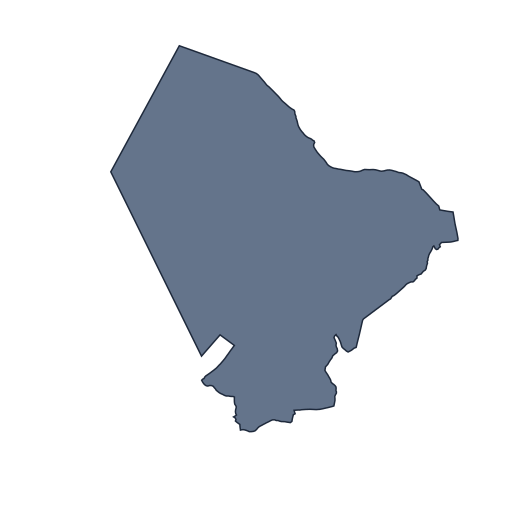 Kisumu West, Nyanza, Kenya, rotated 119°
{"feature_id": "3690345B39370723343062", "entity_name": "Kisumu West", "entity_type": "district", "adm_level": 2, "iso_a3": "KEN", "parent_name": "Kenya", "parent_adm1": "Nyanza", "projection": "albers", "projection_center": [34.67, -0.088], "detail": "fine", "context": "isolated", "style": "filled", "palette": "slate", "viewbox_px": 512, "rotation_deg": 119, "n_neighbors": 0, "source": "geoboundaries", "source_scale": "gbopen_adm2", "svg_char_len": 4439}
<svg xmlns="http://www.w3.org/2000/svg" viewBox="0 0 512 512"><g transform="rotate(119 256 256)"><path d="M383.3,144.4L380.1,145.5L376.7,146.4L375.0,145.3L374.1,146.3L372.5,147.9L371.5,146.4L370.1,144.2L369.5,143.0L368.4,141.7L366.2,138.3L363.9,134.5L361.1,128.8L359.9,127.0L359.2,125.9L357.2,123.5L355.0,121.1L353.8,119.7L352.0,117.8L350.8,116.5L349.4,115.2L346.5,116.1L344.1,116.9L342.6,117.7L340.7,119.0L339.3,119.2L337.0,119.2L335.8,119.8L335.0,120.8L333.7,121.4L332.5,122.0L331.5,122.9L331.0,124.2L330.6,125.9L330.5,127.2L329.9,129.2L328.3,130.6L327.4,131.9L326.3,133.8L325.1,135.7L323.6,138.7L322.6,140.3L321.1,140.8L319.2,141.5L317.7,141.1L316.0,140.7L313.4,140.7L310.3,140.5L309.0,140.2L307.3,140.3L306.0,140.5L304.5,139.9L302.9,139.3L301.5,138.6L299.5,138.6L297.6,140.1L296.6,141.6L295.2,142.8L293.3,143.5L291.2,146.0L289.6,148.2L287.9,148.5L285.9,147.9L286.8,146.4L287.1,145.1L288.1,143.4L289.1,142.1L289.9,140.9L290.9,139.8L292.5,138.2L293.9,136.7L294.5,134.9L294.9,132.5L295.3,130.9L295.3,128.9L293.1,127.4L291.9,126.7L290.7,126.2L289.0,125.5L287.4,124.1L285.2,124.7L283.5,125.2L280.5,126.0L274.8,127.5L260.5,131.6L258.9,131.5L229.7,118.4L228.3,117.5L226.5,117.4L225.1,117.3L224.1,116.4L222.4,115.6L220.7,114.9L211.2,111.6L210.0,111.3L208.5,111.0L206.8,110.3L205.5,109.4L203.6,108.0L202.5,106.1L200.7,105.4L199.2,105.3L197.3,104.5L195.3,105.6L193.4,104.4L191.6,102.8L190.1,102.6L188.2,102.2L186.2,101.1L184.4,101.1L182.6,101.8L181.1,102.2L179.2,102.5L177.9,103.6L176.4,103.6L174.8,104.5L173.4,104.7L171.8,105.2L169.7,105.4L167.8,105.3L166.0,105.3L164.3,105.4L162.2,105.8L161.0,105.3L162.7,102.7L162.8,101.2L161.8,100.2L159.8,99.9L158.6,99.3L157.2,101.0L154.2,100.3L150.4,94.1L149.3,92.4L147.6,90.4L145.7,88.4L144.5,87.0L142.8,87.8L137.9,91.8L131.3,97.6L125.6,102.1L122.0,105.0L124.0,110.1L126.6,117.6L123.7,120.4L123.1,123.4L121.8,127.6L118.4,137.5L117.1,141.9L117.3,143.3L112.1,149.5L112.1,151.2L112.2,161.2L112.0,164.1L112.2,165.8L112.3,167.5L112.7,169.0L113.2,170.3L113.8,171.7L114.2,174.5L114.8,176.8L115.2,178.6L116.0,180.9L117.1,182.7L118.2,184.0L119.4,185.2L120.3,186.4L121.1,187.5L121.6,189.1L122.0,190.8L122.6,193.1L123.4,195.1L124.2,196.5L125.5,198.6L126.3,200.2L127.0,201.6L127.6,202.9L129.1,204.3L130.9,205.6L132.0,206.7L132.9,207.9L133.9,209.5L134.6,210.9L135.1,212.6L135.8,214.6L136.6,216.6L137.5,218.7L138.1,220.6L138.6,222.2L139.2,224.1L140.0,226.0L140.7,228.5L141.4,230.3L141.7,231.9L141.8,234.1L141.7,236.2L141.2,238.1L140.2,239.9L139.5,241.4L138.5,243.7L138.1,245.3L137.5,247.5L136.7,249.8L135.6,252.7L134.3,255.2L132.7,258.1L131.7,259.0L130.2,259.7L128.3,259.7L127.1,261.2L127.3,262.5L126.9,264.0L126.9,265.4L127.1,266.7L127.2,268.2L127.0,269.8L126.7,271.5L126.1,273.3L125.5,274.6L125.1,275.9L124.2,278.0L123.5,279.3L122.2,281.4L121.1,282.7L119.7,284.0L118.1,285.4L117.0,286.6L115.7,288.1L114.5,288.8L112.9,290.8L110.7,292.3L109.9,293.7L110.0,295.3L109.8,297.9L109.5,299.9L108.7,303.3L108.3,305.2L107.9,307.3L107.4,309.1L106.5,311.2L105.6,313.6L104.3,318.0L103.3,321.3L102.7,323.4L101.8,326.6L101.4,329.2L100.5,331.4L99.9,332.7L98.8,335.8L97.6,339.0L96.6,341.7L96.2,344.1L96.4,346.1L109.3,425.0L252.8,423.8L370.0,255.1L342.4,249.2L344.7,231.6L347.1,231.9L348.9,232.1L350.9,232.4L352.8,232.6L354.9,232.8L357.0,233.1L359.0,233.3L360.9,233.5L362.4,233.8L364.1,234.1L365.9,234.5L367.6,234.8L369.1,235.3L371.2,235.8L373.2,236.3L374.9,237.0L376.4,237.6L378.4,238.5L380.0,239.2L381.7,240.0L382.9,240.6L385.3,241.8L387.0,242.2L388.3,242.0L389.5,242.9L391.0,243.3L392.0,241.8L393.0,239.9L393.5,238.3L393.6,236.6L393.1,235.1L391.6,233.6L390.8,231.8L390.7,230.2L391.4,228.6L391.9,227.1L392.7,225.7L393.1,223.6L393.4,221.7L393.4,219.9L393.2,218.1L393.2,216.1L392.9,214.3L391.7,212.0L391.3,210.6L390.7,209.3L390.0,208.0L389.8,206.5L391.6,205.6L393.7,204.4L395.0,203.5L396.0,202.6L396.6,201.3L397.5,200.1L399.0,199.6L400.3,199.3L402.2,198.5L403.7,197.3L404.5,196.0L406.1,196.7L407.6,197.6L407.7,195.8L408.6,194.3L410.3,194.0L410.7,192.2L411.0,189.9L411.1,188.5L413.1,187.2L415.8,185.2L414.7,184.0L413.8,182.4L413.3,180.4L413.0,178.4L412.9,176.7L412.0,175.1L410.7,173.3L409.4,172.1L407.4,171.4L405.6,171.1L404.0,170.6L402.6,169.8L401.0,168.7L399.5,167.8L398.4,167.0L396.9,166.1L395.7,165.2L394.4,164.3L392.8,163.3L391.2,162.0L390.2,160.2L390.1,158.6L389.2,156.9L388.9,154.9L388.5,153.5L387.7,152.0L386.9,150.4L386.3,148.5L385.7,146.9L385.1,145.2L383.3,144.4Z" fill="#64748b" stroke="#1e293b" stroke-width="1.5"/></g></svg>